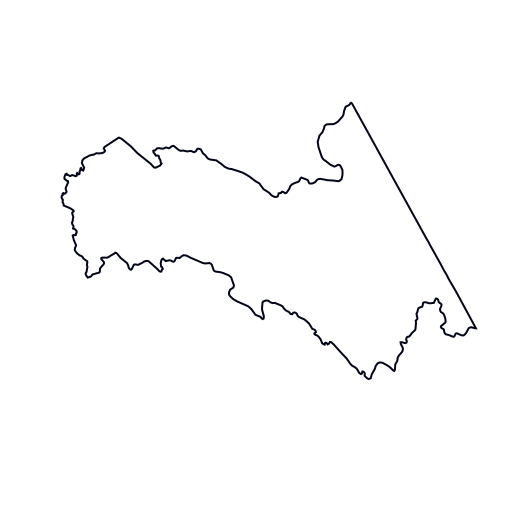 outline of Sakania, Katanga, Democratic Republic of the Congo, rotated 331°
{"feature_id": "63176286B52056185132037", "entity_name": "Sakania", "entity_type": "district", "adm_level": 2, "iso_a3": "COD", "parent_name": "Democratic Republic of the Congo", "parent_adm1": "Katanga", "projection": "equal_earth", "projection_center": [28.713, -12.599], "detail": "fine", "context": "isolated", "style": "outline", "palette": "ink", "viewbox_px": 512, "rotation_deg": 331, "n_neighbors": 0, "source": "geoboundaries", "source_scale": "gbopen_adm2", "svg_char_len": 6112}
<svg xmlns="http://www.w3.org/2000/svg" viewBox="0 0 512 512"><g transform="rotate(331 256 256)"><path d="M98.4,193.3L101.6,193.9L104.1,192.9L110.9,194.5L111.9,193.9L113.4,191.5L114.7,190.7L118.4,189.5L119.6,188.7L120.0,187.5L119.2,183.6L119.7,182.8L121.1,183.0L124.8,185.2L126.8,185.5L128.9,185.2L133.2,185.2L134.5,184.8L135.6,186.3L136.7,192.1L139.7,199.5L139.7,201.8L139.0,204.6L139.3,206.6L140.0,207.4L141.0,207.2L145.0,204.4L146.3,204.8L148.6,206.6L153.4,206.8L155.9,206.6L157.9,207.2L159.5,208.4L163.2,218.9L164.1,222.5L165.0,223.5L165.7,223.7L167.2,222.3L168.2,222.1L168.4,220.1L167.9,219.3L168.4,217.9L169.2,216.1L171.0,214.0L172.3,213.2L173.4,213.2L174.6,216.7L178.1,217.7L179.1,218.5L180.5,220.5L181.3,221.1L182.4,220.9L184.9,219.1L185.8,219.1L188.1,220.7L191.8,220.1L193.2,220.3L194.9,221.5L196.5,223.5L197.7,225.5L206.3,236.6L208.2,238.0L211.9,239.6L212.9,241.2L213.1,242.4L212.1,247.7L212.3,248.9L213.2,250.1L216.5,252.5L219.0,254.9L222.8,259.8L223.9,262.6L222.5,270.9L221.8,271.9L220.5,272.7L217.1,272.9L215.2,274.3L214.0,275.9L213.7,277.5L214.1,279.5L215.3,282.9L217.5,286.6L224.8,296.2L226.2,300.1L227.0,307.1L230.4,311.4L230.7,313.2L231.2,314.4L232.3,314.4L233.5,312.8L234.0,311.2L235.2,306.1L236.0,304.5L239.1,299.9L240.2,299.3L243.0,299.7L243.9,300.1L245.1,301.3L246.7,304.3L248.2,305.5L249.7,306.1L253.8,311.2L254.8,313.0L255.1,316.2L255.9,318.4L257.6,320.8L258.2,323.5L259.6,324.5L260.9,323.7L262.1,323.9L263.2,324.9L263.7,326.5L263.4,328.5L264.1,330.3L267.5,334.8L268.7,337.8L269.7,341.0L269.9,346.9L271.5,348.9L271.8,349.9L271.5,351.7L269.7,351.9L269.3,352.3L269.7,353.7L270.9,355.1L271.6,356.7L272.1,360.2L271.6,364.4L272.5,366.2L273.1,366.8L274.0,365.6L275.0,365.6L275.6,366.4L275.8,368.0L277.4,368.0L279.0,367.0L280.0,367.8L281.1,371.1L283.9,383.2L285.6,389.6L286.2,395.9L286.8,398.3L288.9,401.9L289.5,403.7L289.6,408.4L290.6,410.2L291.5,410.2L293.1,408.6L294.0,409.4L294.3,410.6L294.0,412.0L292.9,413.4L294.0,417.1L294.8,418.1L295.9,418.5L297.1,418.5L299.9,415.6L304.8,412.6L306.3,411.4L307.0,410.4L310.4,408.8L312.2,409.0L313.8,409.8L315.2,411.2L317.7,415.2L319.2,418.1L320.7,423.1L321.1,423.5L322.3,422.9L325.3,418.3L328.6,416.3L330.7,413.6L332.6,412.4L337.0,410.8L338.2,410.0L339.4,408.6L339.9,407.2L340.0,403.1L340.7,401.5L341.8,402.1L343.7,404.1L344.7,404.7L345.6,404.7L346.5,403.9L346.9,401.7L348.0,400.5L349.1,400.1L350.9,400.7L354.0,399.5L354.4,399.1L359.3,397.9L360.0,397.3L363.7,391.8L364.3,390.0L366.5,389.4L367.1,388.4L368.3,384.4L370.2,383.0L372.0,380.9L373.3,380.3L376.7,380.9L377.8,380.1L379.1,378.3L379.8,377.9L381.0,378.1L383.1,379.7L383.8,380.7L385.6,381.9L388.9,383.2L392.2,380.7L392.9,380.5L393.7,381.3L394.1,382.4L393.5,384.8L393.8,386.0L394.5,387.0L394.7,388.2L394.5,388.8L393.7,389.8L391.4,391.4L390.6,393.0L390.6,394.7L391.9,397.1L391.9,399.1L391.1,402.9L390.2,405.0L389.4,406.0L383.9,407.0L383.3,407.6L383.3,409.0L384.3,410.4L384.6,411.4L383.8,413.8L383.7,415.4L384.2,416.7L386.1,418.3L389.3,422.3L390.5,422.5L392.6,420.9L393.5,420.7L394.3,421.1L397.4,425.1L399.1,426.1L400.5,425.9L403.0,424.9L406.9,422.3L408.6,422.3L409.8,422.7L412.6,425.5L413.3,425.9L413.7,384.2L413.4,370.4L413.6,364.8L413.4,360.0L413.6,351.9L413.5,331.9L413.6,327.1L413.5,322.7L413.9,169.1L413.4,168.1L412.7,168.1L411.5,168.9L410.0,169.1L406.8,168.9L403.4,171.8L401.0,174.8L399.1,176.0L392.8,178.2L389.7,178.4L387.7,178.2L382.3,175.4L381.1,175.2L379.2,175.4L376.8,177.8L374.0,180.0L370.0,181.4L365.9,185.4L365.1,186.5L363.4,191.3L361.6,201.0L361.6,203.2L362.0,204.8L362.9,206.4L365.3,212.2L367.5,215.3L368.1,215.9L372.2,216.1L373.1,216.9L373.5,217.9L373.4,222.3L372.0,225.3L370.4,227.7L367.9,230.4L366.4,230.4L365.5,230.8L364.4,230.6L359.9,227.3L355.2,224.3L350.0,219.9L348.3,219.1L346.7,218.9L343.4,220.1L340.6,219.9L338.8,219.1L337.9,218.3L337.8,217.1L338.1,215.7L337.9,214.4L333.7,209.4L332.2,209.8L330.1,211.4L328.7,211.6L325.7,211.0L322.5,210.8L320.1,211.4L317.3,213.6L313.3,215.5L312.0,215.3L311.1,213.6L310.1,212.4L309.5,212.4L308.7,213.0L306.2,212.2L304.0,214.4L303.0,214.4L301.2,213.6L299.6,211.6L298.7,209.6L298.4,207.8L297.8,206.4L295.0,201.2L294.1,194.1L291.9,190.5L288.7,183.2L286.4,179.2L284.7,176.6L281.1,172.6L276.8,168.1L274.8,166.7L273.0,164.5L271.7,162.5L270.4,158.9L267.6,153.1L262.7,149.4L261.5,148.0L260.9,146.2L260.5,143.4L259.4,140.4L259.4,136.1L258.7,135.1L257.2,133.9L256.0,134.1L254.6,135.1L253.1,135.3L252.0,135.1L250.1,132.6L246.4,131.1L243.5,128.5L241.1,127.5L240.1,126.3L239.5,125.1L237.4,119.8L236.8,119.4L235.1,119.2L232.8,119.6L231.8,119.4L229.9,117.4L227.2,117.2L225.9,116.6L223.7,114.8L221.9,113.9L218.7,114.7L217.7,114.2L217.1,114.2L216.6,115.8L217.1,118.2L216.9,119.5L219.0,120.7L219.4,121.5L218.7,123.6L218.9,125.0L218.7,126.2L217.9,128.4L218.2,129.4L216.0,130.4L211.0,130.1L209.8,129.2L208.6,124.3L202.1,108.4L199.7,99.4L195.2,88.2L193.4,85.9L176.4,87.2L175.0,88.0L175.0,90.9L173.7,91.5L171.5,91.5L168.1,90.0L166.2,88.7L163.2,88.7L161.2,87.8L158.8,87.4L152.9,87.3L150.4,88.2L150.1,88.9L148.8,90.1L148.5,95.5L146.4,97.5L145.6,96.6L145.5,95.6L145.8,94.6L145.7,94.2L145.0,94.3L143.6,96.1L142.8,96.4L141.5,98.6L140.6,98.7L140.2,98.3L139.8,96.7L139.1,97.1L138.8,98.2L138.0,98.9L137.2,98.9L134.4,96.0L132.6,96.1L132.0,95.8L130.8,93.8L129.9,93.3L130.3,92.9L130.3,92.2L129.1,92.1L127.0,93.8L126.2,94.9L125.9,96.0L126.4,96.6L126.9,98.4L127.7,99.0L127.8,99.7L127.5,100.4L123.1,103.8L122.2,104.7L121.5,107.8L121.1,108.3L119.2,108.8L118.5,108.6L118.2,107.7L117.4,107.6L116.9,107.9L116.5,109.1L115.4,109.3L114.5,110.2L114.1,111.6L114.3,112.3L114.3,113.3L113.0,115.0L112.8,117.6L112.3,118.6L116.8,124.4L118.5,127.7L118.3,128.4L116.4,128.9L115.9,129.5L115.1,133.5L113.9,134.6L112.8,136.4L111.1,137.7L110.7,139.5L110.9,140.8L110.7,141.8L109.3,143.3L110.1,144.0L110.8,145.3L111.2,147.4L110.4,148.7L109.4,149.0L108.7,150.2L107.7,150.1L106.5,149.1L105.6,149.2L104.4,153.8L103.9,159.2L103.6,159.8L101.9,160.9L100.4,162.9L100.3,163.8L100.8,167.1L102.0,169.9L103.2,171.2L103.9,172.7L103.8,174.2L104.3,175.7L105.8,178.7L105.5,179.6L103.7,181.9L103.4,183.6L100.0,187.8L98.8,188.4L98.2,189.2L98.1,191.2L98.4,193.3Z" fill="none" stroke="#020617" stroke-width="2"/></g></svg>